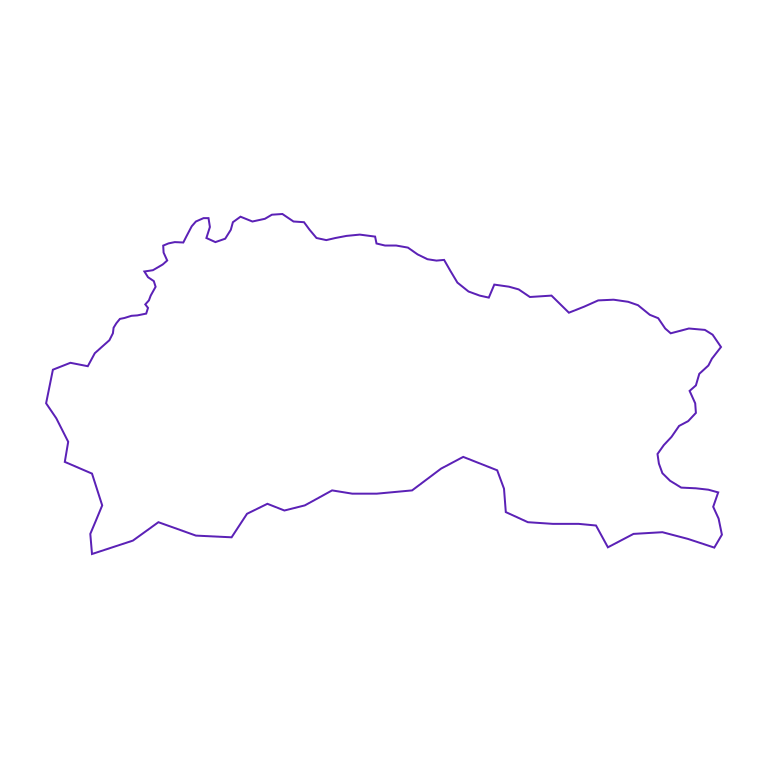 the district of Lefkosia, Nicosia, Cyprus
{"feature_id": "46923920B2904001069887", "entity_name": "Lefkosia", "entity_type": "district", "adm_level": 2, "iso_a3": "CYP", "parent_name": "Cyprus", "parent_adm1": "Nicosia", "projection": "robinson", "projection_center": [33.406, 35.18], "detail": "fine", "context": "isolated", "style": "outline", "palette": "violet", "viewbox_px": 768, "rotation_deg": 0, "n_neighbors": 0, "source": "geoboundaries", "source_scale": "gbopen_adm2", "svg_char_len": 1854}
<svg xmlns="http://www.w3.org/2000/svg" viewBox="0 0 768 768"><path d="M52.9,369.7L46.1,403.3L56.3,418.3L68.2,441.8L64.8,461.9L92.0,473.6L102.2,505.4L95.7,521.1L90.3,533.9L92.0,554.0L132.9,540.6L158.4,522.2L195.9,535.6L231.6,537.3L247.0,513.8L267.4,503.8L284.4,510.5L304.8,505.4L332.1,490.4L352.5,493.7L376.4,493.7L412.1,490.4L441.1,468.6L463.2,456.9L497.2,470.3L504.0,488.7L505.8,512.1L527.9,522.2L553.4,523.9L579.0,523.9L596.0,525.5L607.9,547.3L633.5,533.9L662.4,532.2L687.9,538.9L714.3,547.6L721.9,534.7L718.6,518.6L713.2,506.8L718.2,492.4L708.4,489.7L695.9,488.3L681.2,487.6L670.1,480.8L662.4,473.2L658.9,463.6L657.5,454.0L663.8,445.1L671.5,436.9L679.1,425.9L688.2,421.1L695.9,412.9L695.2,403.3L689.6,390.9L695.9,385.4L699.3,373.8L708.4,365.5L711.9,358.7L721.0,347.0L712.6,334.7L704.9,329.9L688.9,328.5L670.7,333.3L665.2,328.5L658.2,318.2L649.8,314.8L638.0,305.2L628.2,301.8L613.6,299.7L598.2,300.4L584.3,306.6L568.9,312.7L551.5,295.6L529.9,297.0L518.7,289.4L509.0,286.7L494.3,284.6L488.8,297.6L479.7,295.6L468.5,291.5L457.4,282.6L450.4,270.9L444.1,259.9L436.5,260.6L427.4,259.2L417.6,254.4L407.9,247.6L396.0,245.5L384.9,245.5L376.5,243.5L375.1,236.6L359.8,234.6L346.5,235.9L335.4,238.0L326.3,240.1L316.5,238.0L309.6,229.8L304.0,222.2L293.5,221.5L282.4,214.0L271.9,214.7L264.9,218.8L252.4,221.5L240.5,216.7L232.9,222.2L230.8,229.8L225.2,238.7L215.4,242.1L206.4,238.0L209.9,227.0L208.5,218.1L203.6,218.1L195.9,221.5L191.7,226.3L186.4,236.4L183.3,242.5L174.8,242.1L168.5,243.4L163.2,245.6L163.6,252.6L167.2,260.5L162.7,264.5L152.9,270.2L144.4,271.5L148.0,277.2L153.8,281.1L155.6,286.8L150.7,295.6L148.9,300.4L145.3,304.4L148.0,307.9L146.2,313.6L137.3,315.4L131.5,315.8L124.4,318.0L119.9,318.9L116.3,323.3L113.6,327.7L112.9,333.3L109.4,340.2L102.2,346.6L94.8,353.2L87.8,366.2L70.4,362.8L52.9,369.7Z" fill="none" stroke="#5b21b6" stroke-width="2"/></svg>